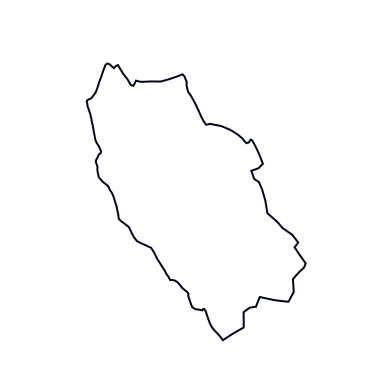 outline of Vallentuna, Stockholm, Sweden, rotated 70°
{"feature_id": "70781695B12821480851485", "entity_name": "Vallentuna", "entity_type": "district", "adm_level": 2, "iso_a3": "SWE", "parent_name": "Sweden", "parent_adm1": "Stockholm", "projection": "equal_earth", "projection_center": [18.204, 59.607], "detail": "fine", "context": "isolated", "style": "outline", "palette": "ink", "viewbox_px": 384, "rotation_deg": 70, "n_neighbors": 0, "source": "geoboundaries", "source_scale": "gbopen_adm2", "svg_char_len": 1998}
<svg xmlns="http://www.w3.org/2000/svg" viewBox="0 0 384 384"><g transform="rotate(70 192 192)"><path d="M189.7,115.7L178.6,116.0L171.3,116.7L167.6,117.2L164.1,117.9L162.9,118.9L164.9,121.7L164.7,124.3L158.8,126.4L153.6,129.4L146.7,134.8L140.0,142.0L134.2,151.7L133.6,155.8L129.5,156.8L125.2,157.5L119.3,157.9L112.7,158.4L106.0,159.3L101.3,160.1L96.4,161.4L90.3,160.7L86.5,159.3L80.4,159.6L78.1,160.8L78.4,165.9L78.1,176.4L77.5,183.6L74.0,192.9L72.2,198.8L70.8,202.8L68.2,206.5L69.9,208.1L72.2,210.9L70.2,213.0L63.8,214.1L57.1,216.3L47.4,218.2L47.6,220.4L48.9,223.0L46.7,224.3L43.9,225.6L42.2,227.8L43.2,230.0L47.3,233.6L52.6,237.8L56.7,241.4L62.5,245.8L65.6,248.6L69.5,254.6L69.7,258.1L70.3,259.4L70.5,259.8L73.3,260.2L75.7,260.8L83.5,260.9L89.3,261.6L91.3,262.0L96.3,262.6L101.4,263.6L106.6,264.4L110.3,265.0L113.5,264.7L116.2,264.1L119.6,263.7L122.4,263.5L124.1,264.4L125.0,266.9L127.0,268.6L128.7,270.7L130.4,272.0L136.5,272.3L138.9,273.5L143.2,274.1L145.9,274.5L146.0,274.5L149.0,273.5L152.2,272.2L154.4,270.8L157.4,268.9L159.8,268.5L162.4,268.4L165.2,267.6L169.7,267.3L179.5,267.8L184.2,268.5L187.9,269.0L192.2,270.0L195.5,268.4L198.7,266.2L203.5,263.3L209.1,262.8L214.7,262.0L219.3,260.5L222.3,257.8L224.7,255.3L228.3,251.7L230.5,249.5L235.9,248.3L242.4,247.7L247.2,246.6L256.2,244.6L260.8,244.0L264.4,242.9L267.0,242.8L268.1,240.3L269.2,238.6L271.4,236.7L275.7,235.0L279.2,233.8L281.7,232.3L284.3,230.7L286.5,230.2L288.2,231.1L296.3,231.3L300.1,231.2L303.2,229.0L305.3,225.0L306.7,223.0L305.8,221.3L306.0,220.7L308.8,219.9L314.2,220.1L322.0,220.1L325.9,219.5L329.4,218.4L333.5,216.5L338.0,214.8L341.8,213.7L339.0,201.6L337.0,189.7L322.6,184.6L320.4,177.4L321.7,171.2L313.9,164.3L322.2,150.8L328.2,138.9L320.7,130.6L308.3,126.9L304.1,119.1L301.2,112.4L298.0,109.6L286.2,112.8L279.1,114.5L275.8,109.5L266.5,112.4L257.1,119.1L249.2,122.1L237.8,128.4L225.5,126.1L213.6,125.2L205.6,125.7L201.0,129.1L192.4,129.0L192.4,121.4L189.7,115.7Z" fill="none" stroke="#020617" stroke-width="2"/></g></svg>